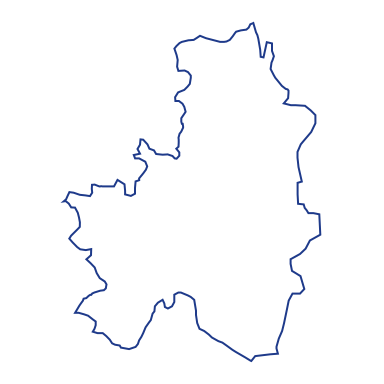 Kirkuk, At-Ta'mim, Iraq (Natural Earth projection)
{"feature_id": "34846034B87837000735792", "entity_name": "Kirkuk", "entity_type": "district", "adm_level": 2, "iso_a3": "IRQ", "parent_name": "Iraq", "parent_adm1": "At-Ta'mim", "projection": "natural_earth1", "projection_center": [44.437, 35.515], "detail": "fine", "context": "isolated", "style": "outline", "palette": "blue", "viewbox_px": 384, "rotation_deg": 0, "n_neighbors": 0, "source": "geoboundaries", "source_scale": "gbopen_adm2", "svg_char_len": 3347}
<svg xmlns="http://www.w3.org/2000/svg" viewBox="0 0 384 384"><path d="M75.1,312.8L78.7,312.8L84.0,314.3L88.1,315.7L92.8,319.4L95.7,321.5L95.7,325.2L94.5,328.8L92.8,331.7L97.4,333.1L102.7,333.1L106.2,336.0L109.8,339.7L112.1,343.3L115.0,344.7L119.7,345.5L120.9,347.6L129.1,349.1L135.6,346.9L137.9,344.0L139.1,340.4L141.4,336.8L143.2,333.1L145.6,327.3L149.1,322.3L150.8,320.1L152.6,313.6L154.4,311.4L154.9,306.3L157.9,302.7L162.6,299.8L164.3,303.4L164.9,307.0L167.9,308.5L172.0,306.3L174.3,302.0L174.3,294.7L178.4,292.5L180.8,292.5L187.8,295.4L190.7,296.9L194.2,299.8L196.0,310.7L196.0,315.0L197.2,323.0L199.5,328.8L204.2,331.0L208.9,334.6L211.9,337.5L218.3,341.1L222.4,342.6L226.5,345.5L232.4,349.8L235.9,352.0L244.7,357.1L250.6,360.7L251.3,361.0L255.2,356.1L270.3,354.3L277.9,353.7L276.5,348.5L276.5,346.7L278.8,338.6L282.1,331.0L284.0,323.4L286.8,310.0L288.7,300.6L292.5,293.6L300.0,293.6L304.3,289.0L300.5,276.1L294.8,272.6L292.0,270.9L290.6,263.9L290.6,259.2L300.0,254.0L305.6,248.7L309.9,240.5L319.4,235.2L320.3,234.7L319.3,214.3L313.2,213.1L309.9,213.1L308.4,213.1L306.6,210.2L304.7,207.9L303.7,204.4L298.1,203.8L297.6,194.4L297.6,188.0L297.6,182.8L301.8,181.6L298.9,168.8L298.5,167.0L297.5,157.7L297.5,151.9L300.8,144.3L303.3,141.3L311.2,132.0L315.4,123.3L315.4,115.1L310.7,110.4L305.0,105.8L295.6,105.2L290.9,105.2L283.8,103.4L286.2,100.5L288.1,98.2L288.5,92.9L288.5,90.6L287.6,89.4L285.7,88.9L281.9,85.9L275.3,77.8L273.9,75.4L270.6,69.0L271.5,62.6L272.5,60.3L273.9,56.2L272.0,50.9L272.0,43.4L266.8,42.2L263.5,57.4L260.7,56.8L260.2,49.8L259.3,44.5L258.3,38.7L257.4,35.2L256.0,32.3L253.3,23.0L250.3,24.3L248.7,27.6L246.4,29.6L240.8,30.4L236.1,31.7L234.8,33.3L232.8,36.2L229.8,39.9L226.5,41.5L223.9,41.9L220.2,41.9L210.6,39.4L206.0,38.2L200.0,35.8L197.0,37.8L193.7,39.9L188.4,40.3L181.8,41.9L179.5,43.1L176.5,46.0L174.4,48.6L176.6,55.1L177.7,60.0L177.1,66.7L178.4,70.9L184.6,70.5L188.0,72.1L190.8,75.6L190.8,77.8L189.8,83.9L187.5,86.7L184.3,89.9L181.3,91.1L178.1,92.4L175.1,97.2L175.4,101.0L178.9,101.0L182.5,103.7L184.3,106.9L185.6,111.8L183.6,114.8L181.3,118.2L181.3,121.7L181.9,123.8L182.7,123.8L183.1,126.4L183.1,127.7L181.2,131.7L179.6,133.7L178.5,137.7L178.7,139.7L178.7,142.7L178.5,146.7L176.3,148.7L178.2,151.0L179.3,152.4L179.3,155.7L176.6,158.7L174.7,158.4L172.5,156.0L167.7,154.4L162.6,154.7L156.1,154.0L154.0,150.4L149.4,148.7L147.5,144.4L143.2,139.7L140.5,139.4L140.0,144.7L137.5,149.0L140.0,153.7L133.8,155.0L135.1,158.4L139.1,158.4L145.3,161.7L147.2,166.4L145.9,169.7L143.2,173.4L139.1,178.4L139.2,180.2L135.6,181.4L135.0,187.9L135.0,193.7L130.9,195.9L125.1,194.4L125.1,190.8L124.5,184.3L117.5,179.9L116.3,182.1L114.0,186.4L109.3,186.4L102.8,186.4L102.5,186.4L101.1,186.2L100.1,186.4L99.9,186.5L98.7,186.2L94.7,184.6L92.0,184.8L91.8,188.9L92.2,192.7L90.0,196.1L85.4,195.4L79.8,194.8L73.6,192.7L69.4,192.1L67.6,195.9L66.1,199.3L63.7,201.4L65.7,201.1L68.8,203.6L71.2,207.4L75.0,207.6L77.8,212.8L79.0,217.5L79.9,222.3L79.8,226.9L77.6,229.2L71.1,235.7L69.3,238.6L72.6,242.4L77.1,247.0L80.2,249.3L85.8,250.1L91.2,249.1L91.0,255.2L86.4,259.3L90.5,263.1L94.7,267.5L96.7,273.1L99.8,278.2L104.8,281.5L106.5,284.4L105.8,288.4L103.9,290.2L100.2,290.7L94.4,292.5L92.2,293.5L91.3,294.8L90.3,294.8L88.7,295.8L86.3,298.1L83.6,298.7L82.9,300.7L81.0,303.3L79.4,305.6L77.8,308.3L75.1,312.8Z" fill="none" stroke="#1e3a8a" stroke-width="2"/></svg>